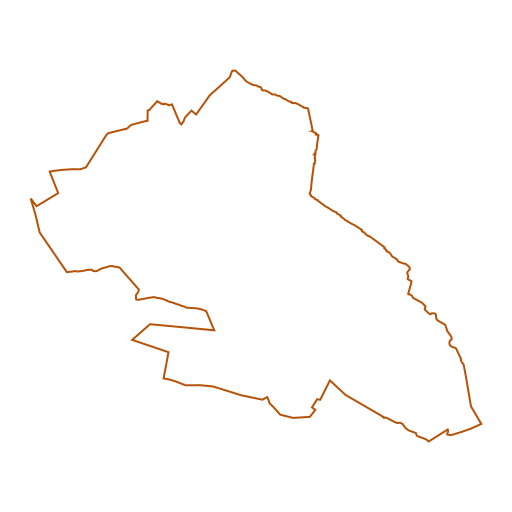 Santa Catarina, Nuevo León, Mexico
{"feature_id": "50627088B93737583284757", "entity_name": "Santa Catarina", "entity_type": "district", "adm_level": 2, "iso_a3": "MEX", "parent_name": "Mexico", "parent_adm1": "Nuevo León", "projection": "natural_earth1", "projection_center": [-100.468, 25.582], "detail": "fine", "context": "isolated", "style": "outline", "palette": "amber", "viewbox_px": 512, "rotation_deg": 0, "n_neighbors": 0, "source": "geoboundaries", "source_scale": "gbopen_adm2", "svg_char_len": 5822}
<svg xmlns="http://www.w3.org/2000/svg" viewBox="0 0 512 512"><path d="M150.0,324.2L132.2,339.9L168.5,352.2L167.0,360.3L163.6,378.4L169.3,379.5L175.6,381.4L185.5,385.3L200.1,385.2L213.1,386.5L241.3,395.3L262.5,399.7L267.1,397.1L268.3,399.3L269.5,403.2L272.9,406.5L280.3,414.7L293.1,417.9L309.8,416.9L315.3,409.9L312.0,407.4L317.2,399.2L320.2,399.8L329.9,380.4L345.5,394.9L363.2,405.2L383.7,417.1L383.5,417.5L383.9,417.9L385.9,417.5L394.6,422.0L397.0,423.0L399.6,422.8L400.9,423.0L402.5,423.9L405.5,428.1L407.3,429.4L408.7,430.4L415.8,433.0L416.7,435.6L419.5,436.9L422.2,437.8L426.3,439.5L428.7,441.5L447.7,429.5L447.9,429.9L448.0,430.4L448.1,430.9L448.1,431.3L447.9,431.8L447.6,432.8L447.4,433.2L447.2,433.9L447.2,434.5L450.9,435.2L461.6,431.9L470.5,428.8L481.3,423.9L471.0,406.4L465.7,375.4L463.9,365.9L463.6,365.1L463.2,363.8L461.6,362.1L460.8,359.6L461.1,359.1L460.5,357.6L459.7,356.3L456.3,348.9L456.1,348.5L455.3,347.9L452.1,346.9L450.3,345.6L449.5,344.1L449.4,342.7L449.9,340.7L450.5,340.2L451.6,339.5L451.6,337.7L450.5,335.4L448.3,332.5L447.4,331.2L446.8,329.4L445.1,324.7L438.4,320.9L437.3,320.1L436.2,318.4L436.0,315.0L435.5,314.0L434.3,313.3L431.9,313.3L430.1,314.3L428.3,312.9L425.3,310.1L424.8,309.4L424.8,308.4L425.4,306.8L425.4,306.2L422.1,302.8L416.9,300.0L413.3,298.0L411.9,295.7L410.0,294.4L408.9,294.5L408.2,294.1L408.2,293.8L411.3,282.7L411.4,281.9L411.5,281.2L408.3,279.5L407.7,279.1L407.7,278.6L408.2,277.0L408.2,276.0L408.1,275.6L407.4,273.9L407.3,272.5L408.7,270.4L409.9,269.3L409.4,267.0L408.5,266.4L407.8,265.6L406.3,264.4L405.3,263.7L403.7,263.6L401.0,262.6L398.1,261.5L397.1,259.5L392.3,256.5L391.5,255.6L391.1,254.7L389.5,252.6L388.2,252.0L386.5,251.2L386.3,250.9L386.4,250.5L386.6,250.2L385.8,249.5L384.2,248.2L384.2,247.8L384.5,247.2L383.6,246.6L369.3,236.1L368.7,236.2L368.3,235.9L368.0,235.9L366.9,235.1L365.8,234.3L363.9,232.2L363.7,232.1L363.1,232.1L362.5,231.7L361.6,230.6L362.0,230.0L359.0,228.0L353.6,224.7L350.5,223.2L346.8,220.8L345.6,220.3L344.7,219.6L343.4,218.3L341.0,216.7L340.7,216.4L340.9,215.8L340.7,215.5L336.9,213.5L336.7,212.9L336.7,212.5L335.1,211.8L334.4,211.6L333.7,211.3L332.5,210.6L327.5,207.4L325.9,206.6L324.7,205.8L323.7,205.0L322.0,203.8L318.1,200.9L318.0,200.4L317.2,199.8L316.9,199.9L316.4,199.7L316.1,199.5L315.4,199.3L315.0,199.0L314.9,198.6L314.6,198.1L311.8,196.6L311.5,196.2L310.6,195.6L310.6,195.0L310.7,194.8L310.5,194.6L310.3,194.2L309.6,193.6L310.9,190.0L311.1,188.5L311.3,185.1L312.5,174.9L313.1,170.8L313.3,169.5L313.5,167.3L313.9,164.5L313.9,163.7L314.7,163.6L315.2,160.3L315.1,160.0L315.1,159.2L315.0,158.9L314.9,157.5L314.7,157.5L315.4,154.0L315.1,154.1L314.8,154.3L314.5,154.3L314.3,154.3L314.4,154.2L314.8,153.4L315.4,152.6L315.5,151.0L316.1,150.0L316.4,149.5L316.7,149.0L316.7,148.2L316.8,147.3L317.3,142.7L317.6,141.0L317.7,140.2L317.8,139.5L318.0,138.4L318.5,135.3L318.1,135.0L317.8,135.0L317.8,135.5L317.4,135.4L317.3,135.1L317.1,134.4L316.6,134.3L316.4,134.4L316.2,134.4L315.8,134.4L316.0,133.4L316.0,133.2L315.4,132.9L314.7,132.7L314.0,132.2L313.8,132.0L313.4,131.7L312.9,131.6L313.0,131.2L312.9,131.1L312.7,131.0L312.4,130.9L312.1,130.9L312.6,130.6L312.5,130.1L311.4,124.5L308.0,108.4L306.8,108.2L305.0,107.9L304.2,107.6L303.9,107.7L303.6,107.3L303.2,106.9L302.4,106.6L301.7,106.4L299.7,105.1L297.0,103.6L296.2,103.4L295.3,103.0L294.4,103.1L293.9,103.2L293.6,103.0L293.2,102.9L292.7,102.9L291.9,103.0L291.6,102.7L291.4,102.2L291.2,101.9L290.7,101.5L290.2,101.6L289.4,101.6L288.9,101.3L288.0,100.9L286.6,99.9L285.0,99.0L284.0,98.9L282.9,98.2L280.2,96.3L279.4,95.9L278.6,95.9L277.7,95.7L276.6,95.4L275.4,94.5L272.3,94.4L271.8,94.3L271.1,93.7L270.5,93.2L266.6,91.0L264.6,90.4L262.9,90.5L261.7,89.6L261.7,88.9L261.4,88.2L260.6,87.1L258.4,86.6L256.5,85.5L252.5,84.8L248.9,82.9L245.8,81.0L242.6,77.1L235.2,70.5L234.7,70.5L233.4,70.9L232.5,70.6L232.1,71.1L231.9,71.5L231.7,72.0L231.5,72.4L230.3,75.9L229.9,77.0L229.7,77.3L229.3,77.7L228.8,78.2L227.4,79.4L224.9,81.7L223.7,82.8L219.6,86.5L210.3,94.8L209.7,95.4L209.0,96.3L205.0,102.1L204.4,102.9L204.3,103.0L196.6,113.8L196.1,114.5L191.5,110.6L189.6,112.6L186.0,116.4L185.1,117.5L184.7,118.3L184.3,119.4L183.5,121.4L183.1,121.9L182.5,122.9L181.4,124.3L181.2,123.9L180.6,123.5L180.5,123.4L180.2,123.3L179.9,123.3L172.0,104.5L171.6,104.8L171.3,104.8L171.0,104.7L170.7,104.7L170.0,104.8L169.8,105.1L168.9,105.2L164.9,103.6L163.6,104.4L163.1,104.2L161.8,103.6L161.5,103.7L161.2,103.5L160.9,103.6L159.9,102.8L159.6,102.5L159.5,102.3L158.7,102.3L158.3,102.2L157.6,101.5L157.2,101.2L150.2,109.0L150.1,109.4L150.0,109.5L149.9,109.7L149.8,109.8L149.3,110.0L148.8,110.2L148.6,110.2L148.0,110.5L147.7,110.5L147.5,120.8L147.1,120.8L145.3,121.2L142.1,122.0L140.3,122.5L137.4,123.2L132.1,124.7L131.2,124.9L130.9,125.1L130.5,125.4L129.3,126.5L127.8,127.9L126.9,128.6L126.6,128.8L125.9,129.1L125.7,129.2L125.5,128.9L108.2,133.2L106.4,134.9L86.0,167.3L80.3,169.3L72.2,169.2L62.0,169.9L52.9,171.0L49.7,171.6L58.2,193.1L36.6,206.2L30.7,198.5L35.3,214.1L39.7,232.5L66.9,272.2L70.7,271.7L73.2,271.4L75.4,271.0L75.9,271.2L76.7,271.3L77.9,271.6L78.8,271.4L79.5,271.2L81.2,271.2L83.3,270.8L87.4,269.9L90.7,269.7L92.1,269.9L93.0,270.9L94.6,271.1L96.1,271.2L97.5,270.7L98.5,270.1L100.5,269.0L102.6,268.2L105.0,267.6L107.4,266.9L109.1,266.3L112.2,266.0L113.5,266.5L116.7,266.9L119.6,267.6L138.8,289.5L138.6,290.9L138.2,292.1L137.5,293.0L136.9,293.9L136.0,294.8L136.0,296.1L136.0,297.6L136.2,299.5L137.8,299.8L138.7,299.8L140.4,299.4L141.8,299.2L143.8,298.8L145.4,298.5L147.7,298.0L150.3,297.6L152.0,297.4L153.1,297.1L155.0,297.3L156.3,297.7L157.2,298.0L159.4,298.1L161.0,298.5L163.2,299.1L165.7,300.0L167.5,301.0L170.0,302.0L171.7,302.3L173.8,303.0L176.6,304.1L179.0,304.7L181.4,305.8L184.1,306.5L186.4,307.7L197.2,308.4L200.9,309.2L206.2,311.1L214.2,330.3L150.0,324.2Z" fill="none" stroke="#b45309" stroke-width="2"/></svg>